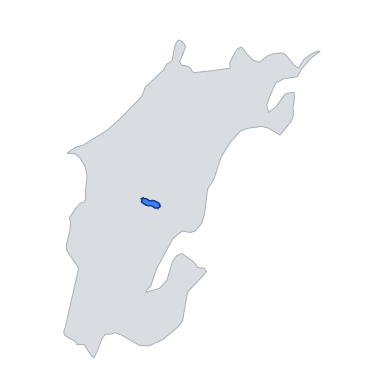 Grecia, Alajuela, Costa Rica (highlighted), rotated 263°
{"feature_id": "36466004B60213245209904", "entity_name": "Grecia", "entity_type": "district", "adm_level": 2, "iso_a3": "CRI", "parent_name": "Costa Rica", "parent_adm1": "Alajuela", "projection": "albers", "projection_center": [-84.294, 10.09], "detail": "fine", "context": "in_parent", "style": "filled", "palette": "blue", "viewbox_px": 384, "rotation_deg": 263, "n_neighbors": 0, "source": "geoboundaries", "source_scale": "gbopen_adm2", "svg_char_len": 4344}
<svg xmlns="http://www.w3.org/2000/svg" viewBox="0 0 384 384"><g transform="rotate(263 192 192)"><path d="M344.5,196.8L344.0,198.5L342.4,200.3L340.2,202.1L337.2,203.4L329.9,199.7L322.8,195.5L318.9,197.5L317.4,203.0L314.8,205.8L311.5,206.9L310.2,208.8L310.0,227.3L310.3,244.8L315.7,245.2L324.7,251.2L328.5,254.8L329.8,258.1L328.7,259.7L322.1,263.5L315.7,268.4L312.5,274.4L318.2,284.1L319.4,290.7L319.2,297.7L317.7,301.0L305.3,309.0L302.6,311.8L302.9,313.8L309.8,319.2L313.1,324.5L315.9,330.9L316.2,336.4L310.0,326.2L301.3,316.4L293.8,310.4L293.1,296.3L290.1,288.6L278.8,281.6L269.1,276.7L261.9,277.7L266.3,285.8L277.7,296.2L278.5,300.2L278.3,305.5L270.5,304.7L263.6,302.6L255.2,301.9L249.6,298.7L237.7,286.3L246.1,275.7L248.7,268.7L248.4,254.3L246.5,247.3L237.3,236.7L222.8,225.0L202.5,215.5L192.9,207.8L169.1,201.9L160.1,198.0L153.0,190.7L152.0,185.5L154.5,177.5L148.0,167.3L119.7,147.2L103.9,139.8L100.5,135.4L98.0,134.1L100.4,147.9L107.3,156.3L125.3,164.1L130.3,168.6L132.3,174.5L121.8,185.8L116.4,188.6L114.8,194.8L111.4,196.7L107.8,193.1L93.2,175.4L64.9,166.8L59.8,161.6L49.3,145.4L44.5,130.6L46.3,120.8L58.0,105.5L61.7,98.9L60.9,94.7L61.4,88.7L57.0,84.5L46.3,78.9L39.5,74.5L41.4,72.3L53.7,66.4L54.5,61.1L54.5,59.3L56.5,58.9L58.3,57.5L59.4,56.0L62.8,50.9L65.7,48.0L69.1,47.6L73.2,49.7L88.7,55.3L105.9,61.5L130.4,70.3L140.6,64.8L149.3,60.5L155.4,61.1L168.6,66.1L176.6,67.7L181.4,67.2L189.9,74.5L194.5,80.0L195.2,83.7L197.8,85.7L204.4,86.1L220.5,89.8L230.3,89.1L239.3,85.1L244.2,80.4L245.7,72.9L248.0,76.6L250.6,82.4L251.8,89.8L263.4,114.7L272.7,128.6L293.1,153.9L301.9,158.6L316.8,178.9L321.9,182.3L324.8,188.3L340.2,193.2L344.5,196.8Z" fill="#d9dde1" stroke="#a8b0b8" stroke-width="1"/><path d="M185.9,156.7L185.9,156.4L186.0,156.3L186.0,156.2L186.3,155.9L186.4,155.7L186.5,155.7L186.8,155.4L186.9,155.2L187.0,155.0L187.1,154.9L187.1,154.7L187.3,154.4L187.5,154.3L187.6,154.1L187.8,153.9L187.8,153.7L187.9,153.4L187.8,153.2L188.0,152.9L188.1,152.7L188.1,152.4L188.2,152.2L188.3,152.1L188.2,151.9L188.3,151.7L188.4,151.2L188.3,150.9L188.3,150.5L188.4,150.4L188.4,150.0L188.5,149.8L188.5,149.7L188.5,149.3L188.5,149.2L188.4,149.1L188.4,148.7L188.5,148.6L188.6,148.4L188.7,148.2L188.8,148.1L189.0,148.0L189.1,147.9L189.3,147.8L189.3,147.7L189.6,147.4L189.8,147.2L190.1,146.9L190.3,146.7L190.4,146.4L190.4,146.1L190.5,146.0L190.6,145.8L190.8,145.7L191.0,145.5L191.0,145.4L190.9,145.3L190.9,145.2L191.0,145.1L191.0,144.8L191.1,144.6L191.3,144.1L191.3,143.9L191.4,143.7L191.5,143.6L191.6,143.4L191.6,143.2L191.9,143.1L192.1,143.0L192.2,142.9L192.2,142.6L192.0,142.4L192.0,142.2L191.9,142.2L191.7,142.0L191.6,141.9L191.6,141.7L191.5,141.4L191.5,141.2L191.6,140.9L191.5,140.7L191.2,140.9L191.1,141.0L191.1,141.3L190.9,141.4L190.7,141.4L190.4,141.4L189.8,141.3L189.7,141.2L189.2,141.2L188.9,141.1L188.7,140.7L188.4,140.7L188.4,140.8L188.2,140.8L187.9,141.0L187.9,141.3L187.7,141.4L187.5,141.6L187.4,141.7L187.4,141.8L187.2,141.9L187.0,142.0L186.9,142.1L186.7,142.2L186.5,142.3L186.4,142.3L186.3,142.5L186.3,142.8L186.2,142.9L186.1,143.0L185.8,143.4L185.8,143.5L185.6,143.6L185.0,144.1L184.9,144.2L184.9,144.3L184.8,144.5L184.7,144.6L184.6,144.8L184.5,145.0L184.4,145.2L184.4,145.3L184.4,145.5L184.4,145.8L184.3,146.0L184.2,146.1L184.0,146.4L183.9,146.5L183.7,146.8L183.6,147.0L183.6,147.5L183.6,148.1L183.6,148.4L183.6,148.5L183.7,148.8L183.6,149.0L183.5,149.3L183.4,149.4L183.4,149.5L183.3,149.8L183.2,149.9L183.2,150.0L183.1,150.3L183.0,150.5L182.9,150.6L182.8,150.8L182.7,150.9L182.6,151.0L182.4,151.3L182.3,151.5L182.2,151.5L182.0,151.8L181.9,151.9L181.8,152.0L181.7,152.0L181.4,152.2L181.3,152.3L181.2,152.4L181.1,152.5L180.9,152.7L180.9,152.8L180.9,153.0L180.8,153.3L180.7,153.3L180.7,153.5L180.6,153.8L180.5,154.0L180.4,154.1L180.4,154.4L180.5,154.6L180.5,155.1L180.5,155.3L180.6,155.5L180.5,155.8L180.5,156.0L180.4,156.4L180.3,156.5L180.2,156.5L180.6,156.8L180.6,157.2L180.7,157.4L180.7,157.5L180.8,157.6L180.8,157.8L181.0,158.0L181.1,158.3L181.3,158.4L181.5,158.4L181.8,158.4L181.9,158.5L182.0,158.7L182.2,158.4L182.3,158.4L182.3,158.2L182.5,158.0L182.8,158.0L183.1,158.2L183.2,158.3L183.3,158.3L183.5,158.3L183.7,158.5L183.8,158.5L184.0,158.4L184.4,158.2L184.5,158.2L184.8,158.0L184.9,157.8L185.0,157.7L185.2,157.3L185.3,157.2L185.5,157.1L185.7,156.9L185.8,156.8L185.9,156.7Z" fill="#3b82f6" stroke="#1e3a8a" stroke-width="1.5"/></g></svg>